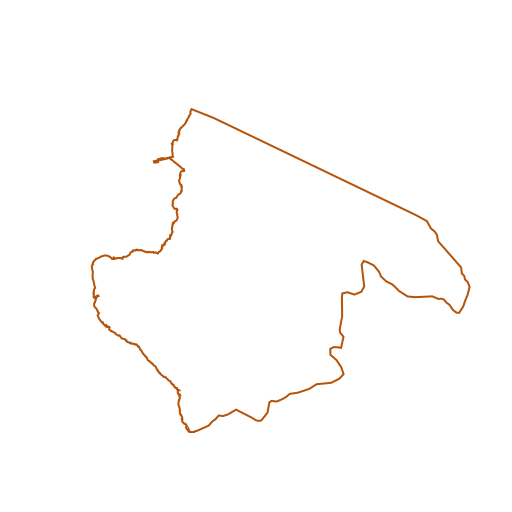 outline of Ngetbong, Ngardmau, Palau, rotated 327°
{"feature_id": "81905179B3509636164924", "entity_name": "Ngetbong", "entity_type": "district", "adm_level": 2, "iso_a3": "PLW", "parent_name": "Palau", "parent_adm1": "Ngardmau", "projection": "robinson", "projection_center": [134.551, 7.586], "detail": "fine", "context": "isolated", "style": "outline", "palette": "amber", "viewbox_px": 512, "rotation_deg": 327, "n_neighbors": 0, "source": "geoboundaries", "source_scale": "gbopen_adm2", "svg_char_len": 6107}
<svg xmlns="http://www.w3.org/2000/svg" viewBox="0 0 512 512"><g transform="rotate(327 256 256)"><path d="M281.9,97.7L279.3,99.4L278.6,101.1L276.1,102.1L275.9,102.5L272.2,104.3L272.0,104.8L270.8,104.9L270.1,105.8L267.5,106.8L262.8,107.8L262.6,107.6L260.4,108.6L260.3,109.1L259.7,109.1L258.3,110.2L258.2,111.0L258.5,111.1L258.2,111.6L257.7,111.4L256.6,113.0L255.8,112.9L253.4,115.5L253.2,115.2L252.5,115.8L251.9,114.9L250.1,114.2L249.1,114.5L247.3,116.1L246.6,115.9L246.4,116.3L246.8,116.9L246.3,117.0L245.8,118.3L243.3,121.6L241.2,125.8L240.4,126.8L240.4,127.5L231.4,124.2L231.5,123.3L229.0,122.2L228.2,122.5L226.9,121.4L225.4,122.1L221.9,120.9L221.5,122.2L223.3,122.8L223.2,123.2L224.9,123.9L225.3,122.5L238.2,127.2L237.2,128.2L237.4,129.0L238.0,129.9L238.6,132.4L239.9,136.0L241.5,141.2L241.4,141.8L242.8,144.0L242.1,145.5L240.6,144.6L239.4,144.4L238.4,144.8L237.1,145.8L236.7,146.4L236.8,146.8L236.3,146.9L236.4,147.7L235.5,147.8L235.3,148.5L234.3,149.6L232.4,150.9L232.2,152.2L231.4,153.8L231.8,154.7L231.6,155.2L232.0,155.7L231.3,156.8L231.7,157.2L231.3,157.9L230.6,158.3L230.1,159.6L228.9,161.2L228.5,160.9L228.2,161.4L226.4,162.4L224.3,162.2L220.6,163.8L219.2,163.3L218.5,163.4L216.0,164.7L215.0,166.6L214.4,166.8L214.0,167.7L213.5,168.1L213.4,170.1L213.3,171.7L213.7,172.4L214.9,172.8L215.4,173.6L215.1,174.7L214.5,174.6L212.9,176.8L212.8,178.0L212.0,178.9L211.4,181.1L208.9,182.8L207.4,183.0L206.5,182.6L205.5,183.4L205.2,183.2L204.8,183.5L204.4,183.2L204.2,183.7L203.7,183.6L203.3,184.5L202.5,184.6L201.8,186.0L201.2,186.5L200.9,186.5L200.4,187.2L199.4,189.0L199.3,190.3L198.4,190.9L197.6,191.0L196.6,191.9L196.6,192.3L195.7,192.5L195.3,192.1L195.1,192.5L194.8,192.4L193.9,193.6L194.2,193.7L194.0,194.0L192.9,194.8L191.7,193.8L190.1,194.1L189.7,194.5L189.4,194.2L188.8,194.3L188.2,194.7L187.3,194.9L186.9,195.6L186.3,195.4L185.9,196.3L186.5,197.1L185.5,196.5L184.4,196.7L184.5,196.4L183.3,196.3L183.2,196.0L182.6,196.5L182.6,197.2L181.5,197.6L181.3,198.7L179.3,199.1L179.1,199.6L178.2,199.8L176.3,199.8L175.2,200.3L175.2,199.9L174.2,199.3L174.3,198.9L173.0,197.9L172.1,197.7L172.2,196.9L171.9,196.6L170.2,195.9L168.7,194.3L168.0,194.4L167.6,193.8L166.6,193.6L166.5,193.0L165.3,192.2L165.2,191.5L164.0,190.2L163.3,188.8L162.8,188.8L162.4,188.2L161.7,188.0L161.3,187.4L160.4,187.1L159.9,186.0L159.2,185.6L158.8,185.6L158.7,186.0L158.2,185.9L158.0,185.3L156.4,184.9L155.3,185.2L155.0,185.1L155.1,184.8L154.7,185.0L154.0,184.6L152.5,184.9L150.9,186.0L147.7,186.0L146.3,185.7L144.4,184.5L142.9,184.7L142.7,185.5L141.9,185.0L141.9,184.5L141.0,183.7L138.2,182.0L137.1,182.0L136.2,180.6L136.2,179.9L135.7,179.7L135.1,181.1L133.7,180.1L133.4,178.3L132.7,176.5L131.7,175.0L129.8,173.3L126.0,172.1L122.7,171.9L120.2,171.2L119.5,171.8L117.2,171.9L115.7,172.9L115.4,172.8L114.6,174.4L113.2,174.6L112.6,175.4L110.9,179.0L110.8,180.0L107.7,184.3L106.5,186.6L106.1,188.6L104.3,193.1L103.8,195.1L102.7,195.4L101.0,196.9L100.8,197.5L99.8,198.3L99.3,199.6L99.1,199.4L98.8,200.4L97.8,201.3L97.5,202.3L97.8,202.6L97.7,203.0L98.6,203.3L99.1,203.3L99.2,202.8L100.9,202.8L101.9,203.0L102.3,203.4L102.2,203.7L101.8,203.4L100.3,203.6L97.7,205.2L97.4,205.9L96.2,206.4L95.7,207.2L94.3,207.7L93.7,208.6L93.1,209.9L93.0,211.5L93.5,213.1L93.2,214.9L93.4,215.6L93.1,216.0L93.0,217.0L93.2,218.1L92.8,218.1L92.4,218.9L90.9,219.5L90.2,223.3L90.6,227.9L91.4,228.1L90.9,230.0L91.3,230.4L91.3,231.8L92.0,232.0L91.6,232.4L91.8,233.6L92.4,233.4L92.3,233.9L93.2,234.1L93.0,234.8L94.3,235.5L94.3,236.1L93.9,236.2L92.8,237.8L93.0,238.4L93.6,239.8L93.9,240.0L93.8,240.5L94.2,240.7L96.1,244.2L95.8,244.9L97.1,247.7L97.9,248.5L98.3,248.4L98.5,252.0L100.9,254.6L101.1,255.6L100.8,256.0L101.3,256.4L100.9,256.8L101.6,258.6L102.3,259.0L102.4,259.5L103.0,260.0L102.9,260.4L103.8,260.7L103.6,261.5L104.0,261.9L105.9,263.1L105.9,263.8L106.4,263.9L106.6,264.6L107.4,264.9L107.5,265.5L107.8,265.6L107.8,267.7L108.2,267.6L108.5,268.6L107.9,271.3L108.3,271.6L108.1,276.5L108.7,279.5L108.5,279.8L108.7,280.9L109.1,281.1L108.5,284.5L109.7,286.8L109.6,287.5L110.4,289.3L110.2,289.8L110.7,290.7L110.6,291.6L111.6,294.2L111.0,298.0L111.3,298.2L111.1,298.6L111.3,298.9L111.1,299.1L111.4,301.0L111.2,301.4L111.6,301.8L111.4,302.0L112.0,304.5L113.0,307.0L112.8,307.2L114.3,308.5L114.1,309.3L114.8,311.0L114.8,312.6L116.0,314.6L115.6,316.8L115.7,317.3L116.2,317.6L116.1,319.1L116.6,319.3L116.7,319.8L116.6,321.1L116.2,321.4L116.8,323.0L117.6,323.5L117.2,323.8L117.5,324.3L117.1,324.8L117.3,325.8L118.3,326.2L118.4,326.8L117.4,326.3L117.0,326.4L116.0,327.9L115.6,328.8L116.0,329.9L116.6,330.3L116.5,331.1L115.9,330.5L115.5,330.7L115.2,333.0L113.9,334.4L113.3,334.5L112.7,335.4L111.7,335.8L111.3,336.7L110.1,338.0L109.7,339.3L109.7,340.4L109.2,341.0L108.7,342.9L107.8,344.1L108.0,344.5L107.0,345.5L106.4,347.0L106.2,348.0L106.8,348.4L106.4,349.1L106.3,351.2L105.0,352.1L105.3,353.0L104.6,353.2L104.0,354.8L104.2,356.5L104.8,357.3L104.5,357.8L105.8,359.3L105.4,360.2L105.3,361.3L104.5,361.0L103.7,361.9L104.0,364.3L104.5,364.8L105.1,364.4L104.8,365.6L104.5,365.1L103.9,365.2L104.1,366.5L104.7,366.8L104.3,367.2L105.1,368.0L108.4,370.0L109.3,369.7L110.8,370.4L123.9,372.5L129.2,371.0L133.2,370.8L137.9,369.5L141.2,372.3L146.2,373.6L155.6,374.0L164.7,389.8L166.5,393.8L168.5,395.8L170.9,396.8L180.4,393.6L187.5,386.0L190.2,386.0L194.0,389.3L201.0,390.5L205.5,390.5L209.2,390.0L216.8,393.5L228.5,396.5L236.9,396.5L250.0,403.3L259.1,404.3L265.1,402.8L266.9,395.7L266.8,386.9L264.6,379.4L267.7,374.4L271.3,374.6L275.5,377.6L277.3,379.4L285.4,371.4L284.8,366.1L286.1,363.3L295.4,353.5L305.4,337.7L308.0,334.4L312.9,336.2L317.5,341.9L324.9,343.4L330.2,340.4L339.9,320.8L343.7,318.8L346.1,322.1L349.7,328.1L350.6,336.1L349.7,341.4L351.4,348.2L354.8,354.0L355.7,357.0L356.8,363.0L361.1,372.5L367.2,377.3L381.8,385.8L385.7,391.5L388.3,392.8L389.9,394.9L390.3,398.5L391.7,402.5L391.8,408.5L393.2,412.6L395.4,414.3L402.3,411.2L406.8,407.6L411.7,404.3L418.2,398.4L419.4,393.3L418.5,389.5L419.8,386.2L419.1,382.8L421.8,377.3L416.8,342.9L419.3,336.5L419.2,332.9L417.7,328.2L418.3,319.8L412.4,308.8L295.9,117.5L281.9,97.7Z" fill="none" stroke="#b45309" stroke-width="2"/></g></svg>